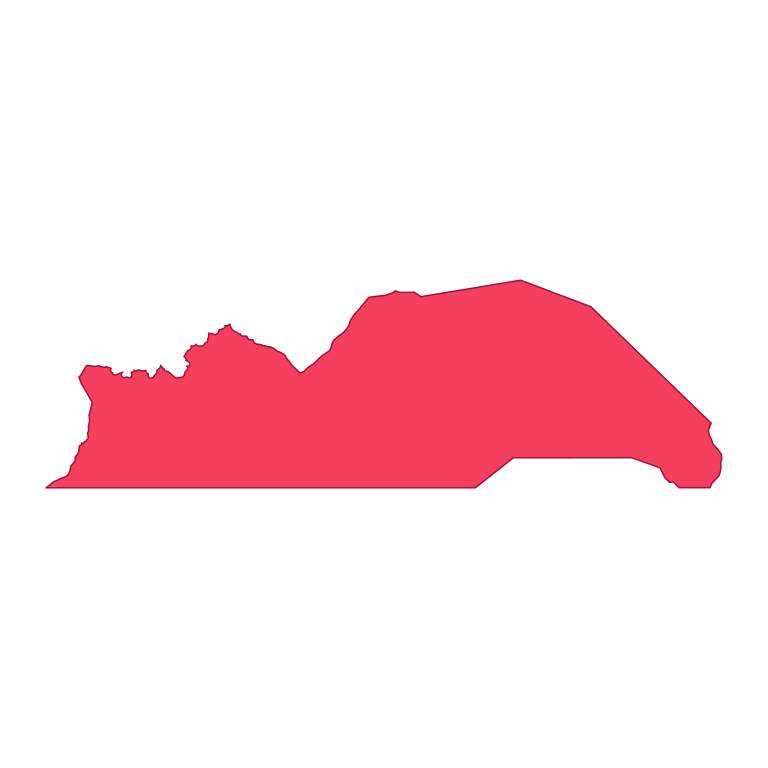 outline of Acurenam, Centro Sur, Equatorial Guinea
{"feature_id": "11065452B93144755032170", "entity_name": "Acurenam", "entity_type": "district", "adm_level": 2, "iso_a3": "GNQ", "parent_name": "Equatorial Guinea", "parent_adm1": "Centro Sur", "projection": "albers", "projection_center": [10.388, 1.118], "detail": "fine", "context": "isolated", "style": "filled", "palette": "rose", "viewbox_px": 768, "rotation_deg": 0, "n_neighbors": 0, "source": "geoboundaries", "source_scale": "gbopen_adm2", "svg_char_len": 5854}
<svg xmlns="http://www.w3.org/2000/svg" viewBox="0 0 768 768"><path d="M520.5,280.2L420.9,296.7L414.5,292.3L408.3,292.4L399.5,292.4L395.1,290.9L393.6,292.4L385.5,295.3L372.3,296.8L368.7,297.5L357.9,310.6L354.1,314.8L350.4,320.3L348.8,325.5L346.6,328.8L343.9,332.1L343.7,332.2L343.6,332.4L341.7,333.9L339.1,335.6L337.8,336.7L334.3,339.8L333.0,341.3L332.3,342.8L331.9,344.7L330.7,348.7L330.5,349.1L329.4,350.6L329.1,350.9L327.3,352.3L323.2,354.9L321.7,356.0L319.4,358.0L313.9,363.6L312.4,364.7L310.7,365.6L308.8,366.8L307.1,368.3L305.8,369.8L304.1,371.4L303.8,371.5L301.2,372.9L300.8,372.9L300.6,372.9L300.4,372.9L300.2,372.8L300.0,372.7L299.4,372.4L299.2,372.2L293.6,366.8L290.7,363.7L289.3,361.5L286.2,357.9L286.0,357.7L285.8,357.2L285.7,356.2L285.0,355.4L283.2,353.9L281.3,352.8L279.0,351.8L277.3,351.3L276.6,350.9L275.2,349.5L273.6,348.3L270.3,346.9L267.1,346.5L265.2,346.0L262.9,345.6L262.7,345.5L262.6,345.4L260.6,344.5L258.9,344.4L256.8,344.1L256.6,344.0L256.3,343.9L254.4,342.9L254.2,342.7L253.9,342.5L253.8,342.3L253.7,342.1L253.6,341.9L253.0,340.0L252.5,339.6L250.2,339.8L249.7,339.8L249.6,339.7L249.4,339.7L249.2,339.5L249.0,339.4L247.7,338.2L247.2,337.5L246.8,336.3L245.6,336.1L243.2,336.1L242.5,336.0L241.4,335.5L241.2,335.4L240.9,335.1L240.7,335.0L240.6,334.8L240.5,334.6L240.3,334.0L239.2,333.9L238.5,333.7L237.0,332.5L235.3,331.7L232.4,329.8L231.8,329.2L230.6,326.8L229.9,324.4L229.2,324.3L228.5,325.0L228.0,325.4L227.6,325.6L226.9,325.7L225.0,325.7L225.1,326.4L225.0,327.0L224.9,327.2L224.6,327.7L224.1,328.1L223.4,328.5L222.7,328.7L222.3,328.8L221.6,329.2L221.0,329.4L220.0,329.5L219.6,329.7L219.2,329.9L219.1,330.0L219.0,330.6L218.7,331.5L218.4,332.3L218.1,332.8L217.4,333.6L216.8,334.0L215.9,334.4L215.4,334.5L214.4,334.5L213.8,334.4L213.1,334.1L212.7,333.8L212.1,333.3L211.7,333.5L211.1,333.7L210.5,333.7L209.7,333.4L209.2,333.1L208.8,333.7L208.6,334.1L208.7,334.7L208.7,335.7L208.5,337.3L208.4,337.8L207.9,338.6L207.6,339.0L207.8,339.2L208.0,339.8L208.0,340.0L207.9,340.7L207.8,341.0L207.4,341.5L206.9,342.1L206.4,342.4L205.2,342.9L205.1,343.1L204.0,344.7L203.5,345.3L203.0,345.5L202.9,345.6L202.7,345.7L202.0,345.9L201.0,346.0L199.3,346.1L198.8,346.1L198.1,345.9L197.1,345.5L196.5,345.1L196.1,344.5L195.9,344.4L195.5,345.0L194.9,345.6L194.7,345.7L194.6,345.8L194.4,345.9L194.1,346.0L193.8,346.1L192.7,346.1L191.5,345.9L191.2,345.9L191.1,346.0L191.2,347.3L191.0,348.1L190.4,349.1L189.9,349.6L187.5,350.9L187.0,351.5L185.2,354.8L184.2,356.2L184.0,356.6L184.8,357.2L184.9,357.4L185.0,357.5L185.6,358.2L185.9,358.7L186.0,359.3L186.1,360.0L186.0,360.4L188.7,361.9L189.2,362.2L189.8,362.8L190.0,363.2L190.1,364.1L189.9,364.8L189.5,365.4L188.9,365.9L188.2,366.1L187.4,366.2L186.8,366.0L186.3,365.8L187.0,366.3L187.4,366.7L187.5,366.9L187.6,367.5L187.7,368.3L187.7,368.5L187.6,368.9L187.5,369.1L187.4,369.3L187.3,369.5L186.9,370.0L186.2,370.7L185.8,371.1L185.0,372.5L184.4,374.0L184.3,375.0L184.1,375.5L183.7,376.1L183.3,376.5L182.8,376.9L182.0,377.2L178.6,377.7L177.7,377.8L177.2,378.0L176.5,378.0L175.8,377.8L175.6,377.7L175.4,377.6L173.7,376.4L170.1,373.4L168.3,371.6L168.0,371.5L167.4,371.4L166.5,371.3L165.6,371.1L165.0,370.9L164.8,370.8L164.5,370.2L164.3,369.9L164.2,369.3L164.2,369.1L163.7,368.6L162.8,368.1L162.3,367.5L162.1,367.2L161.4,366.4L160.7,365.7L160.6,366.3L160.1,367.3L159.8,367.7L159.2,368.4L158.3,369.3L157.3,370.2L156.9,370.6L157.0,371.4L157.1,372.0L157.0,372.6L156.9,372.8L156.5,373.3L156.2,373.5L154.6,375.3L153.4,376.9L152.9,377.4L151.7,378.1L151.3,378.2L151.1,378.2L150.9,378.3L150.7,378.3L150.0,378.1L149.4,377.8L148.8,377.3L148.3,376.8L147.9,376.1L148.0,375.3L148.3,374.2L147.9,373.8L146.5,372.6L146.1,372.0L145.9,371.2L145.7,370.4L143.9,370.8L142.6,370.9L141.3,370.8L141.1,370.8L140.9,370.8L140.0,370.5L139.8,370.4L139.6,370.3L139.0,369.9L138.6,369.9L137.0,370.5L136.8,370.5L136.6,370.6L135.8,370.7L135.0,370.6L134.6,370.4L134.3,370.2L134.3,370.6L134.2,370.8L133.9,371.3L133.4,371.8L133.2,371.9L133.1,372.0L132.8,372.1L132.6,372.2L131.4,372.2L131.4,372.8L131.6,373.8L131.7,374.5L131.7,375.5L131.6,376.2L131.4,376.7L130.8,377.2L130.2,377.6L129.6,377.7L128.9,377.7L127.8,377.5L127.2,377.3L126.5,376.9L126.2,377.1L125.8,377.3L125.3,377.6L124.5,377.7L123.6,377.6L123.1,377.4L122.4,377.1L121.9,376.6L121.5,375.7L121.3,374.9L121.4,374.4L121.6,373.8L122.0,372.9L122.3,372.5L120.0,373.1L118.1,374.1L115.9,374.8L115.1,375.0L114.3,375.0L113.6,374.7L112.8,373.9L112.6,373.4L112.5,372.7L112.0,372.5L111.8,372.4L111.6,372.3L111.5,372.2L111.3,372.0L110.8,371.4L110.5,370.7L110.6,369.9L111.1,368.5L110.8,368.2L108.4,367.5L107.8,367.3L107.1,366.7L106.9,366.7L106.0,366.8L105.0,367.2L104.4,367.3L103.2,367.3L103.0,367.2L102.8,367.2L101.1,366.8L101.0,366.7L100.8,366.6L99.4,365.8L98.9,365.7L98.4,365.8L96.7,366.3L96.4,366.4L96.2,366.4L95.0,366.5L93.5,366.3L89.7,365.6L88.2,365.4L87.1,365.6L86.7,365.7L86.1,366.4L85.3,367.5L83.3,370.8L81.0,374.9L80.9,375.0L78.9,377.2L81.6,384.1L85.1,389.7L89.3,397.1L92.1,402.3L90.3,410.6L89.1,415.3L89.6,420.7L88.5,426.5L88.5,431.3L87.4,433.0L87.7,433.9L88.0,435.3L88.2,437.6L87.8,438.7L87.2,439.6L86.3,440.7L86.1,441.0L85.6,441.3L84.9,441.4L84.4,441.7L84.2,442.2L84.1,443.1L82.9,443.6L82.2,443.2L81.6,443.1L81.7,444.2L81.3,445.1L80.6,445.2L79.7,445.6L79.3,446.7L79.2,448.0L79.0,449.8L78.5,451.6L78.2,453.3L76.8,455.2L75.7,456.1L75.1,457.4L75.3,460.2L74.5,461.7L73.4,463.1L70.7,466.2L70.4,469.2L69.7,471.6L68.9,473.4L68.0,474.9L66.7,476.2L65.0,477.0L62.1,478.0L59.8,478.9L57.1,480.3L54.6,481.3L53.2,482.2L51.2,483.8L48.5,486.1L46.1,487.7L46.1,487.8L475.4,487.8L513.3,457.8L631.8,457.7L659.9,467.8L664.9,477.6L669.5,482.2L673.4,482.0L679.0,487.7L709.9,487.7L711.7,483.5L718.9,475.9L720.5,471.4L720.9,467.9L720.7,462.5L721.9,458.4L721.3,454.1L717.6,449.1L712.9,443.9L711.3,439.0L709.2,435.1L708.4,430.2L711.1,423.1L590.8,306.7L520.5,280.2Z" fill="#f43f5e" stroke="#9f1239" stroke-width="1.5"/></svg>